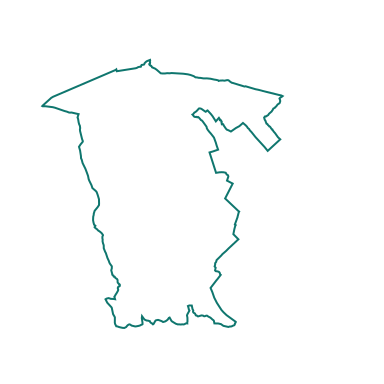 Cristian, Sibiu, Romania, rotated 252°
{"feature_id": "2599482B61474640296478", "entity_name": "Cristian", "entity_type": "district", "adm_level": 2, "iso_a3": "ROU", "parent_name": "Romania", "parent_adm1": "Sibiu", "projection": "mercator", "projection_center": [24.019, 45.778], "detail": "fine", "context": "isolated", "style": "outline", "palette": "teal", "viewbox_px": 384, "rotation_deg": 252, "n_neighbors": 0, "source": "geoboundaries", "source_scale": "gbopen_adm2", "svg_char_len": 5919}
<svg xmlns="http://www.w3.org/2000/svg" viewBox="0 0 384 384"><g transform="rotate(252 192 192)"><path d="M158.8,230.8L159.8,230.1L175.6,221.5L187.4,233.3L192.0,228.8L195.4,231.3L195.7,231.4L196.7,231.4L197.0,231.3L197.9,230.4L199.9,230.0L201.0,228.1L201.6,226.5L202.2,224.4L202.8,220.8L224.2,220.9L224.1,224.4L224.2,229.9L228.5,229.8L231.5,229.9L237.0,229.7L241.7,228.0L244.0,227.0L246.2,226.2L248.0,225.8L249.3,226.0L249.9,225.9L256.1,223.9L257.1,223.4L257.6,222.8L260.3,221.7L261.3,221.1L261.5,220.9L261.4,220.0L262.0,219.6L262.2,219.2L262.2,218.7L262.4,218.2L262.7,217.7L263.4,217.1L264.0,217.0L265.5,216.4L265.6,217.1L266.8,218.8L267.0,219.9L267.4,221.0L268.0,222.2L269.0,223.9L269.3,224.5L269.2,224.9L268.7,226.0L268.1,226.7L264.1,229.7L264.1,230.0L264.8,231.7L264.8,232.0L260.2,234.1L257.7,235.0L251.8,236.5L254.2,240.5L252.3,241.0L251.6,240.7L251.5,240.8L251.6,241.5L251.4,241.6L249.7,242.0L249.5,241.9L249.4,241.6L247.1,241.3L247.0,241.6L247.4,242.1L246.7,242.6L245.2,242.8L241.8,243.8L240.5,244.4L239.9,245.2L239.0,246.2L237.5,247.7L239.3,253.6L240.0,257.4L241.9,261.8L238.8,263.7L237.1,264.5L235.7,264.8L234.1,265.8L232.9,266.0L230.6,267.1L224.7,269.3L212.4,274.9L207.7,276.7L214.8,292.2L217.5,290.7L222.3,289.2L224.6,288.2L225.5,288.1L226.1,287.6L226.8,287.7L227.3,287.2L227.8,287.0L229.7,286.5L230.5,286.0L230.6,285.7L231.1,285.6L232.3,284.9L233.3,284.7L233.9,284.0L234.3,283.9L235.1,284.0L236.0,283.8L236.9,283.9L238.3,283.5L240.5,283.6L241.2,284.6L241.0,284.8L241.2,285.8L241.0,286.1L241.1,286.4L241.4,287.0L241.6,288.2L242.6,289.4L244.0,292.7L244.5,293.2L245.2,294.2L246.2,295.1L246.4,296.3L246.5,296.8L246.7,297.2L247.1,297.6L247.3,298.4L248.8,300.5L249.3,302.4L249.4,302.7L250.5,303.6L251.2,304.0L252.3,304.2L253.9,304.1L254.4,305.0L254.8,306.8L255.2,307.8L256.2,306.8L257.6,304.4L266.1,290.7L268.7,286.7L270.1,284.2L276.0,275.6L276.0,275.2L276.1,274.5L283.3,264.2L283.7,263.5L285.4,262.2L286.5,261.6L287.2,260.9L287.4,260.4L287.6,259.5L287.8,257.4L288.6,255.6L289.2,253.5L289.4,252.4L289.4,251.7L290.1,251.4L291.2,249.6L292.1,247.8L294.0,244.6L295.5,241.2L296.5,238.0L297.9,235.3L298.6,233.5L299.4,232.2L300.0,230.7L301.6,229.5L303.8,226.7L305.2,224.4L307.2,220.2L311.5,209.2L311.8,207.4L312.7,205.1L313.1,202.8L313.9,200.4L314.6,198.9L316.0,198.1L319.3,196.1L321.0,194.8L321.7,193.9L322.1,193.6L322.6,192.8L323.0,192.5L323.7,192.5L324.7,192.1L324.9,191.6L326.1,190.9L326.5,190.8L326.9,190.9L327.1,191.3L327.1,191.7L328.0,192.0L328.4,192.3L329.0,192.2L329.5,192.4L329.9,192.8L330.6,192.9L330.4,189.7L330.1,188.6L329.2,186.8L328.1,185.9L328.1,185.0L328.4,183.4L328.1,182.9L327.0,182.2L327.0,181.7L327.3,180.8L327.4,179.4L327.1,177.9L327.1,176.7L330.1,157.8L332.0,157.9L331.8,157.4L331.6,156.3L325.5,89.3L325.0,87.1L324.6,86.3L320.4,76.9L320.0,76.2L319.8,76.4L319.6,76.6L318.8,79.2L315.7,85.8L314.5,87.7L308.4,95.8L307.1,97.8L305.6,99.6L305.2,100.5L304.8,102.0L301.1,108.2L299.2,106.8L298.2,106.2L298.1,106.3L296.4,106.2L293.2,105.7L290.8,105.6L290.2,105.8L289.6,105.8L287.3,105.4L286.3,104.8L284.6,104.4L276.3,103.8L274.1,103.9L273.7,103.7L273.4,103.4L271.7,100.7L269.9,98.5L266.2,98.4L260.6,97.5L258.4,96.9L256.8,97.1L253.3,96.9L247.0,97.8L242.7,98.0L239.4,98.1L236.2,97.7L234.5,97.8L229.5,98.5L226.5,98.5L222.7,100.8L221.4,101.3L218.6,101.4L213.9,101.3L209.9,100.1L208.3,99.5L206.7,97.5L204.2,93.6L201.6,91.8L200.7,91.5L199.0,90.4L195.8,89.2L193.4,88.9L191.2,88.8L189.7,89.7L189.1,89.1L188.7,88.5L187.5,89.0L186.0,90.1L184.3,90.9L183.0,92.0L180.9,93.3L178.8,94.0L178.4,94.0L177.4,93.1L176.7,92.8L175.3,92.4L174.6,92.4L172.7,91.7L170.5,91.5L169.5,91.6L168.3,91.5L165.8,90.7L162.2,90.9L160.5,91.2L155.4,91.2L152.1,91.6L150.4,91.6L149.2,91.8L146.1,92.8L144.1,92.1L142.5,91.0L138.3,90.8L138.0,90.6L137.2,91.0L136.7,91.5L135.8,91.4L135.5,91.6L135.2,92.3L133.9,92.6L132.4,93.8L131.2,94.0L129.3,93.4L128.7,93.4L127.7,93.8L127.4,94.1L126.7,94.1L126.6,94.5L126.3,94.7L125.4,94.5L124.9,94.2L124.7,93.7L124.6,93.0L124.4,92.3L124.0,92.0L123.5,91.7L121.7,91.6L120.7,90.8L118.7,88.6L118.1,87.7L117.2,86.9L116.4,85.8L113.8,85.7L114.6,84.2L115.4,81.9L116.8,80.0L116.9,79.6L117.0,77.8L116.7,76.6L112.9,77.2L107.2,79.8L106.5,79.9L100.2,79.2L97.5,79.8L96.6,79.9L91.5,78.2L90.2,78.1L87.7,78.5L87.3,79.4L86.1,80.9L85.0,82.7L84.3,83.9L83.6,85.6L83.9,87.6L85.1,89.5L85.4,90.6L85.5,91.2L85.3,91.9L84.8,92.4L83.6,93.3L81.7,96.4L81.5,97.2L81.2,99.5L81.1,101.1L81.4,102.9L81.4,103.6L81.6,104.1L82.8,104.5L87.6,105.3L89.3,106.1L86.2,107.1L85.3,107.5L84.7,108.1L83.8,109.1L83.2,110.5L82.1,112.0L81.8,111.9L80.8,112.2L79.9,112.8L79.4,113.4L78.3,113.8L78.2,114.1L78.4,114.7L80.6,117.1L81.0,117.7L81.1,118.2L80.9,119.9L80.7,120.5L78.6,123.2L77.3,124.3L77.2,126.4L77.5,127.8L78.1,129.4L79.4,131.1L79.5,131.9L75.9,132.6L75.1,133.0L71.7,135.9L70.4,137.7L70.2,138.6L69.4,140.5L69.2,141.7L68.6,143.2L68.6,143.9L68.9,145.6L68.7,146.5L68.5,146.9L69.3,147.1L70.3,147.7L73.8,148.8L76.2,149.1L77.1,149.8L80.0,152.9L81.0,152.7L83.1,152.9L84.8,152.9L84.9,153.8L84.9,154.4L84.1,156.7L80.4,156.3L79.0,156.6L78.6,156.5L77.9,156.0L77.3,156.0L76.6,156.3L75.5,157.3L73.5,157.5L73.3,157.7L73.1,158.3L72.0,159.0L71.8,159.4L71.7,162.8L71.1,164.2L70.1,165.1L70.0,165.4L69.9,166.0L70.0,167.2L69.8,168.0L68.4,169.1L66.9,170.6L65.6,171.4L64.6,171.9L63.4,172.8L62.7,173.0L60.1,172.7L58.8,176.4L57.4,178.7L55.0,180.5L52.4,184.9L52.4,186.2L52.0,187.7L52.0,188.4L52.2,189.6L52.2,190.8L52.4,191.2L52.7,191.7L53.7,192.2L54.4,193.2L55.0,193.5L64.2,186.8L67.9,184.8L70.6,183.6L78.9,181.4L84.6,180.5L90.5,180.4L95.0,180.0L100.7,188.3L101.0,188.9L104.3,193.7L104.8,193.4L105.3,193.3L106.3,193.4L107.2,193.2L107.8,192.8L108.5,191.9L109.4,190.1L110.3,189.7L112.7,191.1L114.2,190.5L115.2,191.2L116.3,191.8L117.1,192.0L118.1,193.4L119.6,194.3L122.7,200.5L123.4,201.5L125.4,206.2L127.1,209.5L132.7,221.5L139.1,218.3L143.9,221.0L146.6,222.8L147.0,223.3L147.8,222.7L154.1,227.6L154.4,227.7L158.3,230.2L158.8,230.8Z" fill="none" stroke="#0f766e" stroke-width="2"/></g></svg>